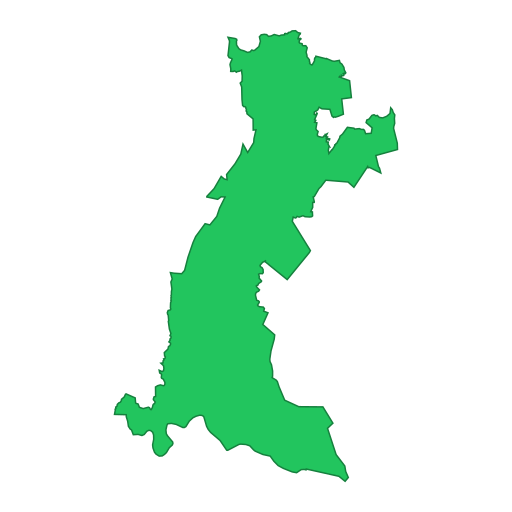 Cocula, Guerrero, Mexico (Robinson projection)
{"feature_id": "50627088B31942029589440", "entity_name": "Cocula", "entity_type": "district", "adm_level": 2, "iso_a3": "MEX", "parent_name": "Mexico", "parent_adm1": "Guerrero", "projection": "robinson", "projection_center": [-99.718, 18.138], "detail": "fine", "context": "isolated", "style": "filled", "palette": "green", "viewbox_px": 512, "rotation_deg": 0, "n_neighbors": 0, "source": "geoboundaries", "source_scale": "gbopen_adm2", "svg_char_len": 6018}
<svg xmlns="http://www.w3.org/2000/svg" viewBox="0 0 512 512"><path d="M343.9,67.4L341.9,64.1L340.0,62.7L339.4,60.4L334.2,61.3L332.3,61.0L326.4,58.5L326.2,58.8L315.9,56.2L315.7,57.2L315.0,57.7L314.5,58.9L314.5,60.8L312.9,63.7L312.2,64.8L311.5,64.9L310.1,63.9L309.6,63.2L309.9,62.3L309.4,61.3L309.4,59.8L306.8,56.5L307.0,55.4L306.1,52.2L307.2,47.8L305.8,45.7L302.9,45.7L302.3,45.1L302.1,43.7L299.6,43.1L299.1,42.1L299.4,40.4L301.0,38.9L300.3,38.3L298.2,39.0L297.9,38.8L299.2,34.9L300.1,34.2L300.4,33.2L297.7,32.5L295.6,30.7L292.1,30.9L290.2,32.2L288.7,32.4L288.4,33.1L287.7,33.1L287.1,33.9L285.5,33.4L284.7,33.6L284.6,34.8L281.1,35.1L279.3,35.9L274.2,34.5L271.3,35.9L268.5,36.4L266.7,34.6L264.2,34.3L261.2,34.8L259.4,36.8L260.4,41.3L258.9,46.6L254.6,50.3L253.7,50.6L251.8,50.0L250.0,51.9L247.5,52.4L243.9,50.8L240.7,49.9L238.9,48.7L236.6,45.1L236.4,41.3L236.9,40.2L236.6,39.2L235.1,38.5L228.0,37.3L229.4,40.6L229.5,41.9L228.0,55.6L229.1,57.6L232.0,58.7L232.1,59.2L230.4,63.0L230.0,64.7L230.8,68.8L230.7,71.4L233.1,71.5L234.6,70.9L236.4,72.2L237.0,71.7L239.7,71.1L241.5,70.1L242.2,75.9L242.1,80.2L242.0,81.3L240.2,83.1L241.7,87.0L242.0,99.6L242.6,105.4L243.9,106.7L245.2,106.7L245.8,107.4L245.9,108.5L246.4,109.3L246.1,111.0L246.8,111.7L247.0,113.8L253.1,118.9L253.2,130.1L256.0,129.8L254.0,138.5L253.7,142.6L247.7,152.5L243.0,144.1L240.8,154.1L235.0,163.8L226.6,174.5L227.1,179.7L224.3,179.0L221.2,176.4L214.1,188.6L206.9,196.3L206.8,197.0L217.7,199.3L221.1,196.8L225.1,197.0L219.6,208.1L216.8,216.4L209.9,224.9L205.1,223.7L195.7,236.5L193.0,242.6L188.0,257.2L184.6,270.4L181.7,273.7L174.0,273.2L170.4,272.6L172.2,279.0L170.9,282.0L171.9,289.1L171.4,291.6L171.4,294.6L171.0,295.6L171.4,297.2L170.9,297.8L171.2,299.3L170.8,300.2L171.3,300.8L170.6,302.7L170.5,304.7L170.4,307.7L170.8,309.0L170.3,309.9L168.1,310.5L167.3,312.6L167.6,314.2L168.2,315.2L168.7,320.5L168.3,321.3L169.4,329.1L170.9,333.5L170.0,335.7L170.8,336.1L171.1,336.9L170.8,338.3L169.9,339.1L170.2,340.1L168.9,341.9L170.5,343.1L170.6,344.1L169.8,345.8L168.5,346.5L168.0,349.0L164.3,352.6L164.6,356.0L165.3,356.6L165.1,358.2L163.6,358.9L164.1,359.8L163.1,360.8L163.0,362.9L160.9,363.2L163.5,365.7L163.9,368.4L163.5,370.7L162.1,371.6L159.2,370.3L159.7,373.0L161.0,373.7L161.6,374.7L161.3,377.3L161.6,378.2L163.3,379.2L164.9,382.4L164.9,384.1L164.2,385.5L163.4,385.7L160.4,384.9L157.6,385.7L155.5,387.0L155.6,396.5L154.1,396.8L153.4,398.8L153.4,399.7L155.2,401.9L154.5,403.7L153.6,404.0L153.0,404.9L152.4,407.4L151.3,409.6L150.5,409.5L149.5,407.7L148.4,407.2L143.2,408.6L139.4,407.3L138.1,404.0L135.9,403.3L135.6,402.7L135.2,397.9L126.1,393.9L125.5,394.2L124.3,396.9L121.5,399.3L121.3,400.7L120.4,402.2L118.9,402.8L117.3,404.4L117.0,406.2L115.7,407.1L115.9,408.6L115.1,409.2L115.3,410.1L114.5,414.4L126.2,414.7L126.3,416.8L127.7,421.3L128.4,426.3L130.3,429.2L131.5,429.9L133.3,434.7L138.1,434.4L141.9,435.5L144.2,434.5L146.9,431.2L148.9,430.3L150.7,430.6L152.7,432.3L153.6,435.1L153.7,439.3L152.6,444.9L153.0,448.0L154.5,452.2L156.0,454.1L159.2,456.1L162.2,455.9L164.5,454.4L166.4,452.6L169.3,447.7L172.3,445.0L172.9,443.6L172.7,442.0L167.5,435.8L166.3,433.7L165.9,429.9L166.9,425.3L167.7,423.8L171.4,423.4L176.2,424.4L182.8,427.5L184.4,427.5L185.9,426.6L189.3,421.1L192.9,417.8L196.1,416.2L199.7,415.2L201.9,415.4L203.2,416.1L203.9,417.0L206.6,426.3L208.2,429.4L210.6,432.4L220.1,440.5L226.7,450.2L227.7,450.3L239.0,444.4L240.7,444.1L245.9,444.5L249.8,445.8L253.6,449.9L255.1,451.1L262.9,454.5L270.2,456.1L274.0,461.4L278.2,465.6L283.4,468.4L292.2,471.9L296.6,472.7L301.2,469.6L304.2,469.4L306.0,469.9L306.2,469.0L338.9,476.3L345.1,481.3L348.3,477.5L345.7,471.5L344.8,466.0L336.1,454.6L327.5,428.3L332.9,423.2L322.9,406.9L298.8,406.7L284.7,400.2L279.0,386.7L277.4,381.7L276.3,380.2L272.1,377.6L272.6,376.2L272.6,371.0L271.5,364.8L270.0,361.5L269.8,359.2L271.0,350.9L274.2,339.2L274.7,334.9L262.8,324.5L268.0,312.8L263.7,311.2L264.4,308.5L263.3,307.1L259.4,306.7L257.8,305.7L257.6,305.0L259.2,302.5L259.2,301.6L258.4,300.8L256.7,300.3L255.5,295.4L255.6,293.6L256.5,292.2L258.6,291.2L259.5,289.9L257.0,287.4L256.4,286.4L256.4,285.6L257.8,285.2L258.6,283.5L261.2,281.8L261.6,281.0L259.1,278.1L259.3,276.6L258.6,274.2L259.9,273.6L262.4,273.7L263.2,272.7L263.1,269.5L262.0,267.6L260.4,266.7L260.0,265.3L262.7,262.2L264.6,261.5L265.8,260.3L265.0,261.6L287.2,279.6L309.3,252.6L310.4,250.6L292.3,221.3L293.2,217.1L295.4,218.0L296.0,217.8L297.1,216.4L299.2,217.1L303.0,215.7L305.0,216.7L309.8,217.0L311.7,216.7L312.6,215.9L312.4,211.9L310.7,211.7L312.7,207.4L312.7,202.4L314.2,202.4L314.3,201.8L313.2,196.9L314.3,196.5L319.0,188.5L320.9,186.7L325.8,180.2L348.0,182.0L353.9,187.3L367.7,166.5L368.1,167.8L369.7,167.5L380.8,173.0L379.5,168.2L378.5,166.7L375.8,155.5L397.5,149.5L397.3,143.2L393.6,128.4L393.8,126.4L394.7,123.4L394.4,118.4L394.8,114.9L393.2,112.5L392.3,109.7L390.7,107.8L390.0,113.5L386.7,116.3L382.7,117.9L379.3,117.4L377.3,115.4L375.7,115.9L374.5,114.9L373.7,114.8L371.9,115.4L369.0,119.1L366.8,120.0L366.1,122.6L372.1,127.8L371.2,133.3L365.6,133.7L364.5,130.4L363.5,129.4L361.2,129.4L359.4,128.6L354.6,129.1L354.0,128.2L347.4,127.3L342.5,134.1L340.0,136.2L339.7,137.8L336.8,143.2L336.0,143.6L335.4,144.8L334.8,144.8L334.5,146.2L332.2,149.8L331.9,149.7L328.9,153.6L328.3,150.2L329.0,146.5L329.5,146.7L328.0,144.1L328.3,142.1L326.3,141.8L326.4,140.2L326.6,139.4L329.4,140.0L329.7,138.9L326.3,138.0L327.4,136.9L325.9,136.4L327.1,133.8L326.0,134.4L325.1,134.4L324.8,135.9L323.8,136.0L323.2,137.0L322.1,137.3L318.8,136.6L317.5,135.8L317.3,134.4L318.1,131.5L316.4,129.9L315.9,128.7L316.9,122.8L314.6,122.3L315.8,120.3L314.6,119.7L317.2,113.6L316.8,113.0L315.7,114.9L314.2,114.4L314.3,112.1L317.7,110.0L319.1,107.2L321.9,108.8L329.9,109.3L332.0,116.1L333.5,117.4L334.1,116.9L335.3,117.2L338.5,116.2L343.4,114.2L341.7,98.9L351.4,97.6L349.6,80.7L339.2,77.0L339.7,76.3L340.8,76.9L341.3,76.5L341.4,75.3L342.1,75.9L343.7,75.5L344.1,74.6L343.3,73.5L344.8,73.1L345.4,73.5L345.8,72.8L344.3,70.0L343.9,67.4Z" fill="#22c55e" stroke="#15803d" stroke-width="1.5"/></svg>